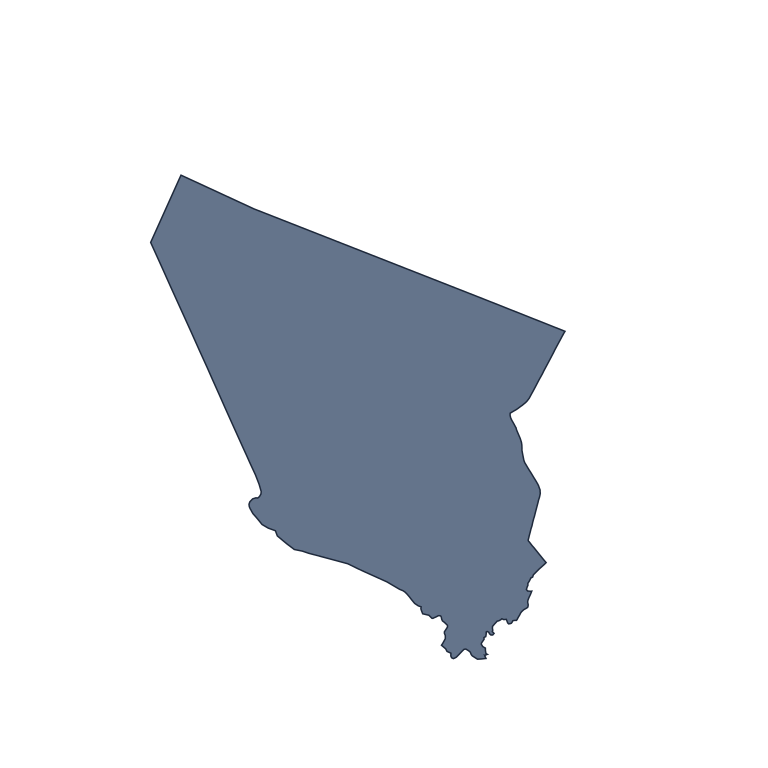 Duma, Rif Dimashq, Syria, rotated 237°
{"feature_id": "27442178B16442606574703", "entity_name": "Duma", "entity_type": "district", "adm_level": 2, "iso_a3": "SYR", "parent_name": "Syria", "parent_adm1": "Rif Dimashq", "projection": "equal_earth", "projection_center": [36.727, 33.326], "detail": "fine", "context": "isolated", "style": "filled", "palette": "slate", "viewbox_px": 768, "rotation_deg": 237, "n_neighbors": 0, "source": "geoboundaries", "source_scale": "gbopen_adm2", "svg_char_len": 3848}
<svg xmlns="http://www.w3.org/2000/svg" viewBox="0 0 768 768"><g transform="rotate(237 384 384)"><path d="M101.0,323.4L102.4,322.7L105.2,323.9L107.3,325.2L108.4,324.6L110.1,323.8L112.8,323.9L113.6,324.6L115.4,328.9L116.9,329.7L116.9,330.5L116.7,331.7L117.5,332.5L119.0,333.8L120.3,334.6L120.3,335.7L118.7,336.7L117.1,336.4L115.2,337.0L114.3,338.5L114.9,340.5L117.4,340.0L118.2,341.1L120.1,341.9L120.5,342.2L121.6,343.0L122.1,344.7L122.5,346.0L123.3,349.2L123.5,349.7L122.9,351.2L122.7,353.2L122.9,355.0L121.2,356.1L120.0,358.4L116.3,357.6L114.9,357.9L114.2,359.5L114.0,360.5L114.4,361.6L115.3,363.2L114.6,364.8L113.6,366.4L114.1,367.6L115.1,369.3L116.4,372.0L117.6,374.0L118.1,375.5L118.6,378.3L118.4,380.9L118.4,382.8L119.2,383.8L120.3,384.7L122.9,385.7L124.2,386.9L125.9,389.2L127.8,392.3L129.8,395.1L130.3,394.1L132.2,391.7L134.1,391.5L135.7,393.4L136.8,395.1L138.4,396.0L139.7,398.8L141.4,401.6L141.4,401.8L141.3,402.0L141.3,402.3L141.3,402.5L141.2,402.5L141.2,402.8L141.2,403.0L141.1,403.3L141.1,403.5L142.6,405.3L144.3,413.2L145.4,420.4L145.9,422.7L149.8,422.2L156.3,421.5L165.2,420.6L167.6,420.2L171.8,419.9L173.7,419.6L174.6,419.9L176.3,421.8L177.5,423.0L180.2,426.0L182.4,428.3L184.4,430.8L187.0,433.4L189.8,436.5L190.9,437.9L193.9,441.1L200.9,448.8L202.2,450.1L204.4,452.8L206.1,454.5L207.3,455.6L208.7,456.3L210.1,457.2L212.9,457.8L214.4,458.2L216.0,458.4L219.4,458.6L224.3,458.7L226.7,458.8L229.3,458.9L232.5,458.9L236.2,459.0L238.1,459.1L241.4,459.2L244.0,459.8L245.7,460.5L249.7,462.1L253.3,463.6L255.1,464.8L257.8,466.4L260.2,467.5L264.2,468.6L271.2,469.8L273.8,470.3L275.3,470.9L276.8,470.9L277.1,471.0L278.8,471.1L279.1,471.2L279.8,471.2L282.9,471.4L283.9,471.4L284.4,471.5L286.6,471.8L289.1,472.7L290.8,473.9L290.7,476.8L290.6,479.0L290.5,480.3L290.5,481.6L290.5,482.3L290.8,486.9L290.8,488.1L291.1,490.7L291.3,492.6L291.8,494.8L293.0,498.1L295.2,502.1L297.0,505.5L299.5,510.0L303.0,516.2L306.2,522.3L307.9,525.1L310.7,530.2L314.3,536.7L317.0,541.5L318.0,543.3L319.4,545.6L320.5,547.6L323.9,553.8L325.8,557.3L327.1,559.6L327.9,561.2L328.0,561.2L329.6,564.5L399.8,514.7L601.7,370.3L669.7,327.5L667.3,323.7L629.8,265.4L602.1,261.2L581.0,257.9L557.8,254.4L533.3,250.7L512.9,247.5L493.6,244.6L480.7,242.5L463.4,239.8L451.6,237.9L435.5,235.4L408.8,231.3L398.0,229.7L391.1,228.6L377.8,226.7L367.8,224.6L360.6,222.4L358.7,220.8L357.6,218.6L357.2,217.1L357.2,215.9L358.3,214.6L359.2,211.3L358.5,208.3L358.3,207.4L357.5,206.3L356.7,205.3L354.7,204.3L353.9,204.1L352.7,203.9L352.2,203.8L351.5,203.8L351.0,203.8L349.9,203.7L349.0,203.6L346.5,203.5L341.9,204.2L337.6,204.7L332.6,205.2L326.2,208.4L320.1,213.0L314.7,211.8L308.5,213.7L302.4,215.6L299.2,216.8L298.0,217.2L295.9,218.0L294.1,218.6L288.3,224.5L283.1,228.6L267.5,242.7L253.0,255.7L243.3,261.5L237.1,265.4L228.1,271.2L216.4,278.7L203.4,285.2L200.2,287.4L198.0,288.3L195.2,288.9L193.0,289.2L191.5,289.4L188.5,289.6L186.8,289.8L183.3,290.2L179.3,291.9L176.9,293.8L175.4,292.5L173.6,292.0L170.2,291.3L165.6,295.7L161.4,296.6L160.8,297.4L160.7,298.6L160.3,300.8L160.1,303.4L159.2,304.7L158.6,305.2L157.3,305.1L155.4,304.3L153.5,304.0L151.3,304.8L149.2,305.3L147.1,305.8L145.6,304.9L144.1,301.6L143.3,299.7L142.1,298.9L139.6,298.4L137.0,296.7L134.4,291.8L133.6,289.9L128.3,291.5L125.4,291.2L121.8,293.5L119.5,291.9L117.6,291.6L115.9,292.6L115.6,294.3L115.5,295.9L116.3,299.5L117.4,304.1L117.9,306.6L117.5,307.5L117.1,308.3L115.6,309.0L114.4,309.6L113.4,309.9L112.8,310.2L111.4,310.2L109.7,309.8L108.4,309.9L107.8,310.0L102.3,312.5L100.3,316.0L98.3,320.0L98.5,320.0L98.9,320.1L99.0,320.1L99.3,320.3L99.5,320.3L99.8,320.3L100.0,320.3L100.4,320.3L100.5,320.3L100.8,320.5L101.0,320.5L101.3,320.7L101.6,320.7L101.5,320.8L101.5,321.0L101.4,321.2L101.4,321.3L101.3,321.7L101.3,321.8L101.2,322.3L101.2,322.8L101.0,323.4L101.0,323.4Z" fill="#64748b" stroke="#1e293b" stroke-width="1.5"/></g></svg>